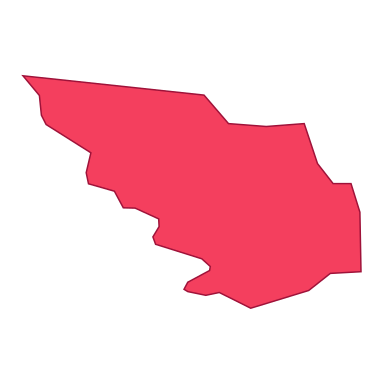 outline of Sheffield
{"feature_id": "GBR-5687", "entity_name": "Sheffield", "entity_type": "Metropolitan Borough", "adm_level": 1, "iso_a3": "GBR", "parent_name": "United Kingdom", "parent_adm1": "", "projection": "natural_earth1", "projection_center": [-1.595, 53.403], "detail": "fine", "context": "isolated", "style": "filled", "palette": "rose", "viewbox_px": 384, "rotation_deg": 0, "n_neighbors": 0, "source": "natural_earth", "source_scale": "10m", "svg_char_len": 542}
<svg xmlns="http://www.w3.org/2000/svg" viewBox="0 0 384 384"><path d="M361.0,271.7L330.3,273.4L308.7,290.5L250.7,308.2L219.3,292.5L205.8,295.3L187.8,291.6L184.0,289.3L187.8,282.2L209.6,270.5L210.3,266.5L201.8,258.8L155.6,244.3L152.9,236.9L159.1,226.6L158.7,218.9L135.1,208.1L123.3,207.8L114.4,191.2L88.5,183.8L86.2,172.7L90.9,152.8L46.1,124.5L41.4,115.2L39.4,95.5L23.0,75.8L204.0,95.1L228.5,123.6L266.3,126.5L304.2,123.6L317.5,163.6L333.1,183.6L351.0,183.6L359.9,212.2L361.0,271.7Z" fill="#f43f5e" stroke="#9f1239" stroke-width="1.5"/></svg>